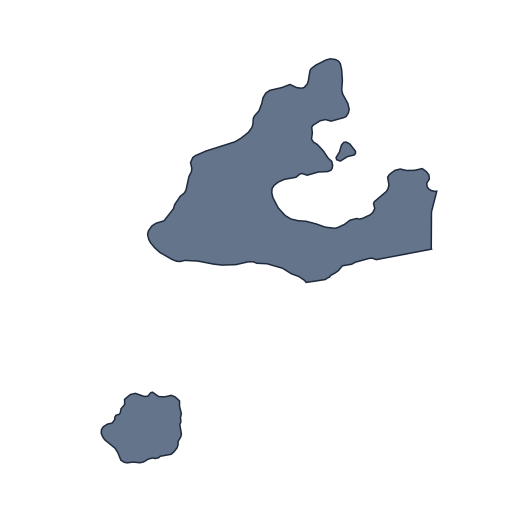 Rabaul District, East New Britain, Papua New Guinea (Albers equal-area conic projection), rotated 257°
{"feature_id": "67681753B57084390213157", "entity_name": "Rabaul District", "entity_type": "district", "adm_level": 2, "iso_a3": "PNG", "parent_name": "Papua New Guinea", "parent_adm1": "East New Britain", "projection": "albers", "projection_center": [152.151, -4.184], "detail": "fine", "context": "isolated", "style": "filled", "palette": "slate", "viewbox_px": 512, "rotation_deg": 257, "n_neighbors": 0, "source": "geoboundaries", "source_scale": "gbopen_adm2", "svg_char_len": 2940}
<svg xmlns="http://www.w3.org/2000/svg" viewBox="0 0 512 512"><g transform="rotate(257 256 256)"><path d="M278.5,446.7L278.5,445.6L280.2,441.7L282.4,439.4L285.2,438.3L288.6,438.8L292.0,442.2L296.0,442.7L299.9,441.0L303.8,437.6L303.8,429.7L305.5,421.8L308.3,416.2L308.2,410.5L305.4,404.3L303.2,402.0L295.3,401.5L291.9,399.8L289.6,397.6L282.3,383.5L280.6,382.3L275.5,382.4L272.1,379.5L270.5,376.7L268.7,368.3L268.7,364.9L269.9,362.6L269.8,355.8L266.9,349.3L265.3,341.7L265.3,338.9L268.6,329.8L273.7,321.9L278.7,312.3L280.9,304.9L281.1,304.6L282.0,302.8L284.3,298.2L284.6,297.9L288.8,293.6L297.8,288.5L309.0,285.6L314.1,285.6L318.0,286.8L320.8,289.6L323.1,294.6L324.3,300.9L323.7,312.7L326.0,317.2L326.0,319.5L323.2,324.0L323.8,335.9L322.1,344.9L322.4,346.4L322.7,348.3L324.4,350.0L327.2,351.1L331.1,351.1L335.1,348.3L342.9,345.4L350.8,340.9L351.8,339.9L354.2,337.5L357.5,336.4L358.3,336.7L363.2,338.6L368.8,339.2L370.5,340.8L373.3,348.7L373.3,354.4L370.5,359.5L371.1,373.0L371.7,375.3L374.5,378.1L377.9,379.8L384.1,379.8L394.2,376.9L398.7,376.9L407.7,379.7L418.4,381.4L424.6,381.4L427.4,380.2L429.7,377.4L431.4,372.9L431.3,368.4L428.5,357.1L426.2,352.0L424.5,350.3L415.0,346.4L412.1,344.7L409.3,340.7L409.3,337.9L411.0,333.4L415.5,327.7L414.3,319.3L414.3,306.8L412.6,302.3L408.6,298.4L403.6,296.1L396.8,291.6L392.8,286.0L390.6,284.3L385.0,282.6L382.1,280.9L378.2,276.4L374.2,268.0L372.0,261.2L369.6,231.2L367.4,219.4L366.2,216.6L361.7,213.2L356.1,213.2L352.7,212.1L348.8,208.7L346.3,207.5L335.8,202.5L333.5,200.3L331.3,195.7L324.5,188.4L320.6,186.2L311.0,174.3L310.4,165.9L308.7,161.3L308.2,160.8L304.7,156.8L301.3,155.2L296.3,155.2L292.4,156.3L286.7,159.2L281.1,163.1L271.6,173.3L268.8,177.3L267.7,180.7L267.7,185.8L264.2,198.0L262.6,201.7L257.6,212.9L254.8,220.8L252.1,234.4L252.1,246.8L251.0,251.9L248.7,255.3L246.0,264.9L238.1,279.1L230.8,286.4L226.3,293.2L221.3,297.8L219.0,298.9L218.5,304.8L218.3,306.6L217.7,315.3L217.5,318.1L217.7,318.9L218.5,320.6L218.9,322.9L220.3,324.3L221.5,328.8L223.1,332.8L227.0,337.9L226.5,347.5L227.6,351.4L228.2,366.1L227.7,368.9L225.4,372.3L223.2,428.6L224.0,428.5L259.5,436.9L278.2,446.6L278.5,446.7ZM137.0,145.4L139.3,142.1L139.3,135.3L140.9,129.6L146.6,124.5L146.5,122.8L143.7,118.9L144.3,115.5L149.3,107.6L149.3,102.5L145.9,95.7L140.8,94.6L137.5,90.1L133.5,88.4L132.4,86.7L132.4,83.9L130.7,82.2L128.4,81.6L125.6,78.3L125.6,73.2L123.9,68.7L121.6,66.4L118.3,65.3L114.3,65.9L110.9,67.3L100.3,75.5L95.2,77.2L87.4,78.4L84.6,81.2L83.4,84.0L82.9,89.7L80.6,96.5L80.7,100.4L82.4,105.5L82.4,110.0L81.3,112.3L81.3,115.7L82.4,117.4L81.9,128.7L83.6,132.0L86.9,136.0L89.8,137.7L92.6,138.2L96.5,141.9L99.4,143.3L108.9,143.8L111.2,145.5L115.7,146.1L119.0,147.8L126.9,147.7L132.0,148.9L137.0,145.4ZM344.1,372.6L346.9,369.2L346.9,366.9L344.7,364.1L338.5,360.7L334.0,356.2L331.7,356.2L329.5,359.6L332.3,367.5L332.3,374.3L333.5,376.0L335.7,376.5L344.1,372.6Z" fill="#64748b" stroke="#1e293b" stroke-width="1.5"/></g></svg>